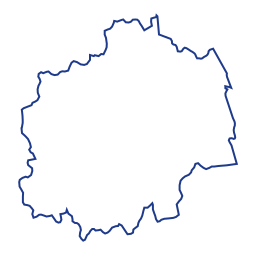 the district of Dungun, Terengganu, Malaysia
{"feature_id": "92858781B15989569853600", "entity_name": "Dungun", "entity_type": "district", "adm_level": 2, "iso_a3": "MYS", "parent_name": "Malaysia", "parent_adm1": "Terengganu", "projection": "natural_earth1", "projection_center": [103.127, 4.682], "detail": "fine", "context": "isolated", "style": "outline", "palette": "blue", "viewbox_px": 256, "rotation_deg": 0, "n_neighbors": 0, "source": "geoboundaries", "source_scale": "gbopen_adm2", "svg_char_len": 3281}
<svg xmlns="http://www.w3.org/2000/svg" viewBox="0 0 256 256"><path d="M21.5,128.1L22.0,133.1L24.7,135.5L25.9,136.7L28.0,139.0L30.0,143.3L30.9,147.1L29.2,149.7L30.7,152.3L32.9,153.5L35.4,158.9L31.9,159.6L28.2,160.3L27.6,162.7L28.2,165.1L32.1,168.2L32.3,171.0L31.1,175.0L27.8,177.4L25.7,176.7L22.5,177.9L19.8,179.8L19.2,182.1L19.6,186.6L21.4,189.7L23.1,192.8L22.9,196.6L22.9,202.3L24.3,204.6L27.2,205.1L29.6,205.8L31.9,208.4L33.3,210.3L32.3,214.1L33.5,217.7L36.6,216.7L39.1,214.8L41.1,214.6L43.8,215.5L46.5,216.5L49.7,216.0L51.8,215.3L54.0,218.4L56.1,221.5L58.4,222.6L60.2,222.2L61.4,219.8L61.0,217.2L60.4,214.1L63.5,213.6L66.1,212.5L66.8,209.8L68.4,213.6L71.9,216.2L72.5,219.1L72.5,221.2L74.8,222.9L77.0,223.1L78.7,224.3L80.3,227.1L80.9,230.0L80.1,232.6L79.7,236.1L81.3,238.7L83.2,240.6L84.8,239.8L85.0,239.7L87.1,235.0L88.9,233.5L90.4,230.9L92.2,229.0L94.0,229.0L95.5,230.5L98.4,230.2L100.6,229.7L102.9,232.1L105.1,233.5L107.6,232.6L109.6,230.9L112.1,227.6L115.8,226.2L118.1,226.0L119.1,224.1L121.7,225.5L124.8,230.2L127.5,234.2L131.0,233.8L133.0,232.6L133.4,229.5L135.5,227.8L137.7,226.2L138.4,222.9L139.4,220.7L141.0,218.6L142.3,215.5L143.3,211.3L144.3,207.7L147.6,207.7L150.3,205.3L152.3,203.2L152.9,204.9L152.9,209.4L154.2,213.2L155.2,215.8L156.0,219.1L157.6,221.7L159.7,221.2L161.3,219.8L164.2,218.8L168.7,218.4L173.2,217.9L175.9,217.0L178.8,214.8L178.4,212.7L177.5,208.4L176.7,204.4L179.0,201.3L181.2,198.9L182.3,195.9L181.2,193.3L179.6,189.9L179.6,185.2L180.6,180.7L182.7,178.3L185.1,176.4L188.8,174.8L191.1,172.4L191.7,170.3L194.2,167.4L195.4,163.9L198.1,163.2L200.5,165.6L203.6,167.9L206.1,169.1L209.3,167.9L211.8,166.5L214.5,166.5L218.4,166.0L226.8,165.3L236.8,163.9L231.5,145.4L229.6,142.1L228.8,140.3L229.6,138.5L231.2,138.2L232.7,138.5L233.6,138.9L234.8,138.5L235.2,137.4L235.0,136.0L234.6,134.4L234.0,132.5L233.7,130.0L234.2,127.2L234.8,125.6L234.9,123.3L234.5,121.5L233.8,120.0L232.9,118.0L225.6,95.9L225.4,93.4L226.5,91.0L227.4,89.4L225.4,88.3L225.3,86.2L228.2,86.9L229.0,86.9L231.2,87.8L227.1,77.1L226.7,75.0L226.9,73.4L213.1,48.7L209.9,49.8L208.6,51.2L208.4,52.8L207.6,54.5L206.5,55.6L204.9,56.5L203.8,57.1L202.3,58.3L201.0,58.7L198.9,58.3L197.1,58.3L196.3,56.9L195.2,54.3L194.4,53.3L192.3,51.8L190.6,50.9L188.9,49.7L186.3,48.1L184.7,47.7L183.4,48.7L181.7,51.2L180.4,51.6L177.8,51.3L177.2,48.9L176.6,46.6L175.5,45.0L173.4,44.5L172.1,43.4L171.9,41.0L170.7,38.9L159.0,34.5L157.4,16.3L156.5,15.4L156.2,17.1L153.5,17.8L151.3,18.5L151.1,21.8L151.9,25.8L144.3,30.3L141.6,25.8L140.0,23.5L138.8,21.1L137.3,19.7L135.5,19.5L132.8,19.7L130.8,21.8L128.7,22.5L125.8,22.3L123.2,19.5L121.7,19.9L117.2,21.6L114.2,20.9L113.7,23.0L112.1,26.6L110.1,28.7L107.4,29.6L104.7,30.8L104.7,34.6L106.0,37.9L106.8,43.8L106.6,47.4L105.5,50.2L103.5,54.3L101.2,54.0L98.6,56.1L94.7,55.2L93.8,56.1L90.0,55.0L90.0,56.9L90.0,59.9L86.9,64.0L84.2,64.9L80.7,64.4L77.0,62.1L73.7,61.1L71.5,62.8L69.6,66.8L68.2,70.6L64.9,71.5L62.3,71.3L60.2,72.0L57.7,74.6L54.5,75.1L51.4,74.1L48.5,71.5L46.7,71.8L43.2,73.2L41.1,72.2L38.7,73.9L38.3,76.7L39.5,78.6L40.5,81.5L39.5,83.9L38.5,85.7L37.6,89.3L37.8,92.8L39.3,96.6L37.4,100.2L35.2,101.6L32.5,102.8L31.5,105.2L27.8,106.6L23.7,108.2L21.8,109.7L22.1,112.0L22.5,115.8L22.7,120.1L22.7,122.9L21.8,127.9L21.5,128.1Z" fill="none" stroke="#1e3a8a" stroke-width="2"/></svg>